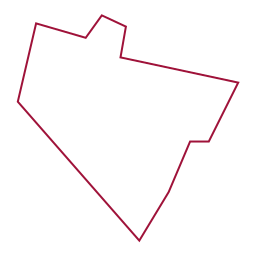 SVG path tracing the border of Saint Anne Sandy Point
{"feature_id": "KNA-5100", "entity_name": "Saint Anne Sandy Point", "entity_type": "Parish", "adm_level": 1, "iso_a3": "KNA", "parent_name": "Saint Kitts and Nevis", "parent_adm1": "", "projection": "albers", "projection_center": [-62.834, 17.356], "detail": "fine", "context": "isolated", "style": "outline", "palette": "rose", "viewbox_px": 256, "rotation_deg": 0, "n_neighbors": 0, "source": "natural_earth", "source_scale": "10m", "svg_char_len": 262}
<svg xmlns="http://www.w3.org/2000/svg" viewBox="0 0 256 256"><path d="M139.3,240.6L17.8,101.7L36.1,23.4L85.7,37.8L101.8,15.4L125.9,26.6L120.5,57.4L238.2,82.6L208.8,141.5L190.1,141.5L168.7,192.0L139.3,240.6Z" fill="none" stroke="#9f1239" stroke-width="2"/></svg>